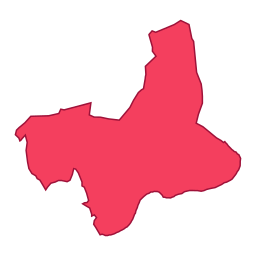 the district of Oju, Benue, Nigeria
{"feature_id": "59680162B46226733150895", "entity_name": "Oju", "entity_type": "district", "adm_level": 2, "iso_a3": "NGA", "parent_name": "Nigeria", "parent_adm1": "Benue", "projection": "equal_earth", "projection_center": [8.388, 6.875], "detail": "fine", "context": "isolated", "style": "filled", "palette": "rose", "viewbox_px": 256, "rotation_deg": 0, "n_neighbors": 0, "source": "geoboundaries", "source_scale": "gbopen_adm2", "svg_char_len": 2374}
<svg xmlns="http://www.w3.org/2000/svg" viewBox="0 0 256 256"><path d="M45.7,189.9L47.7,186.9L50.9,183.2L55.3,182.0L58.4,180.5L61.5,180.5L65.0,181.2L67.1,181.7L70.0,180.2L72.4,174.3L73.7,168.6L75.7,169.1L78.3,172.8L79.8,176.5L82.0,182.0L82.0,184.4L82.0,185.9L84.3,187.2L86.6,193.1L88.1,198.6L88.6,200.5L87.1,202.5L84.5,202.8L82.7,203.8L86.6,206.2L89.7,208.0L91.7,214.2L91.7,216.1L94.3,214.9L96.5,217.6L94.3,220.6L93.7,224.3L95.3,226.7L95.7,227.3L100.1,234.8L102.1,234.2L103.9,234.8L105.3,235.5L107.6,235.5L109.5,234.9L110.8,234.9L112.7,234.3L114.5,233.7L116.9,232.4L118.7,231.8L120.6,230.6L122.0,230.0L124.3,228.7L125.7,227.5L127.1,226.9L129.4,224.4L130.8,222.5L131.7,220.7L132.6,219.4L133.6,216.9L134.5,214.4L135.4,213.2L135.9,210.7L137.3,207.6L137.8,205.7L138.1,204.9L139.2,202.6L140.1,200.1L142.0,198.2L143.9,196.4L146.2,194.5L147.1,193.9L149.0,193.3L150.8,192.0L152.7,192.0L154.1,191.4L155.9,191.5L157.3,191.5L159.1,192.1L160.5,193.4L162.3,195.3L163.3,197.2L164.6,197.2L166.5,197.8L167.4,197.8L168.8,197.8L170.7,197.9L172.0,197.2L173.9,196.6L175.3,195.4L178.5,194.2L181.8,193.6L184.5,191.7L186.9,191.1L189.6,190.5L192.9,190.5L195.6,190.6L197.5,190.6L201.2,191.2L204.0,190.6L206.7,189.4L209.1,188.8L211.8,188.2L215.1,187.6L218.8,185.8L221.6,184.5L224.3,182.7L226.7,182.1L229.0,180.9L230.4,180.2L232.2,179.0L233.1,177.8L233.2,177.7L234.1,176.5L235.5,174.7L236.4,173.4L236.9,172.2L238.7,169.7L240.1,165.9L240.2,163.4L240.2,161.5L240.6,158.4L239.7,156.5L238.8,154.6L237.4,154.0L236.1,152.1L234.2,151.5L232.8,150.2L231.9,149.6L230.1,147.7L228.2,145.8L226.9,143.9L225.5,142.6L224.8,141.6L223.5,142.5L221.0,140.5L216.5,137.9L203.0,126.8L196.2,123.2L198.4,114.3L202.4,103.2L202.4,96.3L202.0,90.3L201.2,84.0L196.6,72.4L193.6,41.4L191.8,38.5L189.0,24.5L180.7,20.5L174.2,24.6L155.7,32.3L152.1,30.9L149.3,34.1L149.0,34.5L149.0,34.9L152.5,47.2L152.4,51.2L156.0,56.2L145.4,66.3L145.9,74.5L145.4,76.7L145.2,78.8L143.5,88.7L141.5,89.8L138.4,92.5L137.6,93.8L133.6,100.2L129.9,107.5L119.3,120.1L117.3,119.9L108.6,118.9L100.5,117.2L94.1,117.1L89.3,114.9L90.9,102.8L64.1,109.9L60.8,109.2L58.8,113.5L48.6,115.8L30.8,116.3L24.9,122.8L19.0,127.7L16.5,130.2L15.4,134.7L18.9,138.1L19.9,140.9L20.9,140.2L22.1,138.6L25.3,135.1L27.2,142.4L26.1,150.4L27.6,162.1L28.9,168.6L31.9,173.5L35.8,175.8L37.2,178.6L39.9,180.1L42.9,185.1L45.7,189.9Z" fill="#f43f5e" stroke="#9f1239" stroke-width="1.5"/></svg>